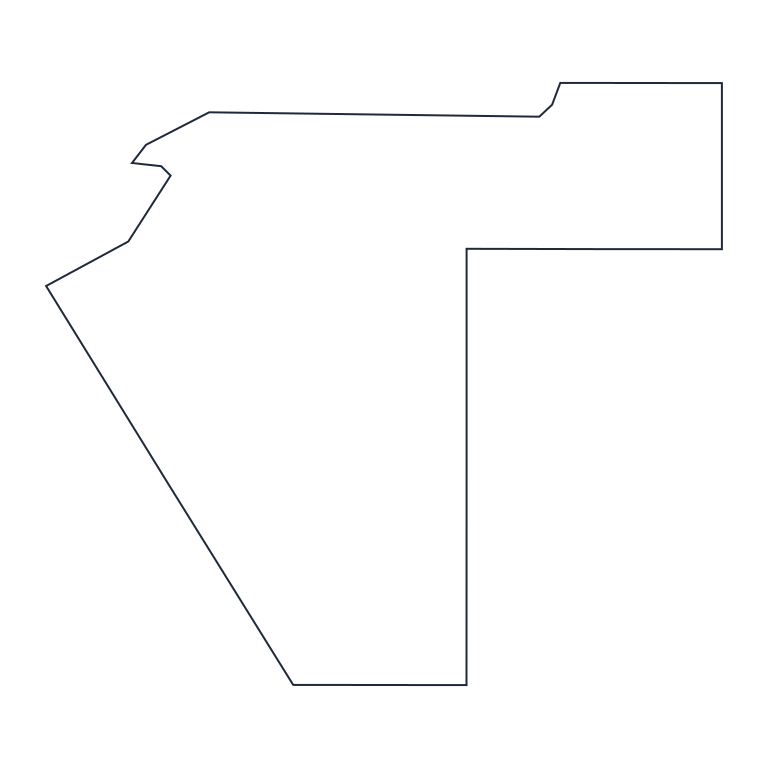 Pituffik, Mercator projection
{"feature_id": "GRL-2738", "entity_name": "Pituffik", "entity_type": "state/province", "adm_level": 1, "iso_a3": "GRL", "parent_name": "Greenland", "parent_adm1": "", "projection": "mercator", "projection_center": [-68.373, 76.451], "detail": "fine", "context": "isolated", "style": "outline", "palette": "slate", "viewbox_px": 768, "rotation_deg": 0, "n_neighbors": 0, "source": "natural_earth", "source_scale": "10m", "svg_char_len": 398}
<svg xmlns="http://www.w3.org/2000/svg" viewBox="0 0 768 768"><path d="M46.1,286.0L128.3,241.5L170.6,175.6L161.2,166.2L132.0,163.0L146.0,144.8L209.2,112.3L374.2,114.5L539.3,116.7L552.1,104.7L560.3,82.9L640.2,83.0L721.9,83.1L721.9,166.2L721.9,249.2L594.2,249.1L466.6,248.8L466.6,467.9L466.5,685.1L379.9,685.0L293.2,684.9L169.2,485.4L46.1,286.0Z" fill="none" stroke="#1e293b" stroke-width="2"/></svg>